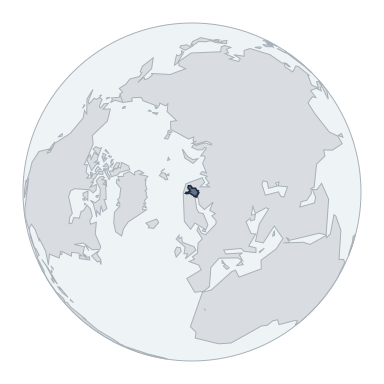 the Earth from above Lapland, rotated 309°
{"feature_id": "FIN-3176", "entity_name": "Lapland", "entity_type": "Province", "adm_level": 1, "iso_a3": "FIN", "parent_name": "Finland", "parent_adm1": "", "projection": "orthographic", "projection_center": [25.412, 67.834], "detail": "fine", "context": "on_globe", "style": "filled", "palette": "slate", "viewbox_px": 384, "rotation_deg": 309, "n_neighbors": 0, "source": "natural_earth", "source_scale": "10m", "svg_char_len": 13220}
<svg xmlns="http://www.w3.org/2000/svg" viewBox="0 0 384 384"><g transform="rotate(309 192 192)"><circle cx="192" cy="192" r="169" fill="#eef3f6" stroke="#a8b0b8"/><path d="M27.9,151.6L29.5,146.4L30.8,142.2L31.1,140.4L36.7,125.6L40.5,118.1L67.2,78.7L72.0,73.9L75.2,71.8L100.1,56.3L81.9,65.5L88.5,60.4L96.8,55.5L95.8,56.9L106.2,52.9L114.3,49.0L127.2,47.6L135.8,54.1L131.0,55.0L133.7,56.6L139.9,55.6L143.3,54.6L160.7,60.5L181.3,60.8L187.7,57.1L186.4,61.1L198.3,51.8L209.4,50.5L197.0,54.4L195.7,56.7L203.3,56.9L203.7,59.3L207.5,60.8L207.3,63.8L200.0,66.1L199.8,68.1L205.1,68.1L208.3,71.2L200.4,70.8L205.1,76.3L193.9,81.6L173.1,79.0L166.9,85.1L145.5,91.1L147.4,93.4L140.6,97.3L140.3,101.5L136.4,101.6L139.5,104.8L143.1,103.9L145.7,105.1L145.9,107.5L141.0,108.0L140.2,106.9L138.8,108.3L136.3,107.6L137.6,109.3L131.6,109.8L137.7,112.9L133.1,116.3L129.1,115.7L129.3,111.0L120.6,98.6L116.6,96.9L110.7,99.0L100.0,112.5L95.7,112.7L89.9,116.4L92.3,118.3L97.7,116.2L100.8,120.9L107.1,118.0L109.2,119.5L115.7,118.6L114.9,123.8L110.6,129.6L105.2,130.8L103.1,133.4L108.4,136.6L98.5,143.2L92.2,155.3L89.6,156.5L84.3,150.9L84.0,139.8L77.1,133.4L81.7,142.9L75.1,146.2L74.1,149.0L74.6,152.1L77.1,152.9L74.9,155.3L69.5,146.5L71.5,144.3L73.1,147.0L72.9,141.9L69.3,136.4L66.3,138.7L64.0,128.5L61.8,130.1L60.1,128.9L63.7,127.0L57.1,130.3L54.0,120.3L44.9,126.3L53.7,115.8L56.7,109.6L59.6,102.8L58.1,103.6L64.0,94.0L65.9,87.5L61.5,88.3L55.4,94.5L49.3,104.6L49.9,105.8L46.8,113.0L43.9,112.5L37.7,126.5L35.4,129.2L32.9,135.3L31.1,141.5L28.8,149.6L28.9,152.2L28.3,159.2L26.4,162.8L27.6,164.3L26.2,170.6L26.2,187.4L25.7,186.9L25.4,205.5L28.0,223.2L28.6,229.5L28.0,229.3L29.6,235.3L29.6,236.5L38.6,260.3L45.4,274.4L46.7,278.0L45.3,275.9L39.4,264.5L34.3,252.7L30.2,240.5L26.9,228.1L24.7,215.4L23.4,202.6L23.1,189.8L23.7,176.9L25.3,164.2L27.9,151.6ZM42.6,127.2L35.7,145.4L37.3,136.8L37.4,138.0L39.7,133.0L43.0,124.7L45.0,117.7L42.6,127.2ZM206.1,23.6L205.0,23.5L206.1,23.6ZM44.9,131.4L45.9,128.6L45.3,131.2L44.9,131.4ZM144.8,53.9L139.9,55.4L134.2,55.5L138.2,53.9L144.8,53.9ZM155.7,54.6L153.6,55.8L150.8,53.6L152.9,53.5L155.7,54.6ZM192.1,54.1L188.1,54.4L191.9,53.3L192.1,54.1ZM208.1,60.5L209.1,59.7L210.7,60.9L208.1,60.5ZM115.7,115.7L115.7,117.1L114.5,116.6L115.7,115.7ZM118.5,114.1L117.2,112.5L118.3,111.4L119.1,112.4L118.5,114.1ZM211.8,66.5L214.0,68.8L210.5,66.9L211.8,66.5ZM119.9,116.3L120.5,109.8L122.5,108.1L127.3,110.5L119.9,116.3ZM214.5,70.3L219.9,75.9L222.7,74.5L218.0,81.8L214.9,74.5L210.2,72.3L213.6,72.1L214.5,70.3ZM144.2,102.6L140.4,103.7L143.4,100.6L144.2,102.6ZM145.5,100.4L151.2,89.6L157.0,89.4L153.9,93.0L161.2,91.1L161.2,96.2L157.2,98.4L153.5,97.5L156.3,100.2L145.5,100.4ZM214.6,85.0L214.8,86.8L213.2,85.4L214.6,85.0ZM147.0,105.3L147.6,103.1L152.6,102.7L152.3,107.1L150.8,105.8L147.0,105.3ZM163.1,88.1L166.8,88.7L167.8,93.0L169.4,93.8L161.7,96.3L163.1,88.1ZM149.7,107.1L152.0,109.3L149.7,111.7L146.7,107.5L149.7,107.1ZM154.1,100.8L156.5,100.9L155.0,102.3L154.1,100.8ZM143.1,121.8L143.8,119.0L146.5,118.5L143.1,121.8ZM153.0,110.0L153.7,109.2L154.8,108.7L155.8,110.7L153.0,110.0ZM163.0,99.3L162.6,101.0L166.1,98.4L167.0,101.7L161.8,102.8L164.4,103.7L164.7,104.7L160.1,104.5L163.0,99.3ZM160.2,111.3L153.8,114.1L152.0,119.2L149.6,119.7L152.9,111.4L160.2,111.3ZM160.5,107.3L159.8,109.9L157.1,109.2L156.0,106.9L160.5,107.3ZM169.5,103.5L169.5,98.2L170.7,98.2L169.5,103.5ZM160.2,113.0L161.8,112.3L160.4,113.4L160.2,113.0ZM167.3,106.5L167.1,104.7L168.4,104.6L167.3,106.5ZM165.0,112.5L162.9,113.4L162.1,111.9L165.0,112.5ZM166.4,109.9L168.3,110.3L163.0,110.8L166.2,109.1L166.4,109.9ZM168.5,106.8L169.3,106.2L168.4,107.6L168.5,106.8ZM169.3,117.9L162.9,118.9L161.0,115.5L167.5,115.0L169.3,117.9ZM159.1,357.7L153.5,355.9L158.3,355.1L156.8,352.7L143.7,343.1L146.6,339.1L143.0,335.9L135.7,334.3L131.6,330.2L127.1,328.5L99.3,317.4L90.8,308.3L80.5,286.4L85.5,283.5L86.3,275.5L120.7,263.2L128.0,268.7L155.2,273.0L158.6,275.0L155.5,282.1L175.9,294.2L182.4,288.6L200.9,293.3L213.1,291.9L217.3,277.3L197.3,279.4L193.7,272.3L209.7,264.4L227.2,262.2L226.3,259.4L215.2,254.8L219.2,248.3L211.4,252.6L214.6,255.3L209.8,258.1L206.6,255.8L208.1,253.6L202.8,252.8L196.9,264.0L199.5,267.9L185.7,270.1L188.8,276.9L185.1,279.9L178.5,269.6L179.1,265.8L166.9,253.1L165.1,257.2L176.4,269.6L172.9,268.4L170.5,274.5L169.5,268.9L157.6,254.7L145.1,254.2L129.3,265.2L122.0,263.4L115.8,257.2L121.5,242.4L137.2,248.1L139.5,243.3L136.2,233.6L141.3,236.2L141.9,233.1L147.8,234.7L156.1,228.9L162.1,229.5L165.4,219.8L168.9,218.9L166.0,224.8L167.2,229.5L182.2,230.7L185.0,228.7L185.9,222.4L189.9,223.7L188.9,217.3L197.5,214.8L186.1,212.7L186.8,205.5L192.0,200.0L190.2,197.4L181.8,206.3L180.3,210.3L182.3,214.3L176.4,225.1L171.3,226.4L169.7,213.8L162.2,214.4L164.3,204.6L185.7,185.8L194.6,182.1L209.5,190.9L207.4,195.8L201.1,195.0L207.0,202.3L206.5,198.5L209.8,199.7L211.4,193.4L213.8,193.9L211.1,187.0L214.3,187.0L215.9,191.3L220.9,182.2L227.4,180.5L227.4,178.2L225.5,176.2L235.1,175.5L234.6,173.8L231.3,173.4L228.2,169.9L226.6,163.6L230.0,163.6L231.0,166.0L238.4,171.1L240.7,177.4L241.9,176.8L240.7,171.3L231.8,165.1L229.8,161.2L234.4,163.5L232.6,162.4L232.6,160.5L235.9,158.8L231.0,156.0L227.3,136.1L233.3,131.0L237.8,135.1L238.8,122.0L245.5,117.7L242.4,117.3L240.8,111.0L238.7,112.2L237.1,111.5L232.1,96.4L233.6,93.1L227.9,86.5L226.4,86.3L225.0,88.4L218.0,81.8L222.7,74.5L226.0,75.2L226.7,70.3L234.2,72.7L240.7,72.6L248.6,78.4L253.1,78.0L252.8,76.1L258.7,74.3L271.8,77.4L262.4,83.0L243.0,80.9L251.0,82.4L249.6,84.5L252.7,86.6L258.3,87.5L258.7,86.1L269.6,101.1L283.8,109.5L282.0,102.4L285.0,99.6L299.6,104.0L319.0,126.0L323.3,123.4L326.3,125.1L328.8,131.2L324.4,128.9L323.2,132.8L320.3,130.6L322.9,140.0L318.9,137.4L322.8,146.1L325.9,145.7L325.1,138.2L330.3,147.1L334.8,143.4L340.0,146.8L347.8,166.1L348.8,180.5L349.8,182.5L347.8,185.8L348.8,194.8L355.4,193.3L356.5,195.7L356.4,210.0L355.7,208.7L350.5,217.4L352.2,224.8L356.2,219.4L357.7,220.9L355.7,226.8L353.9,225.9L352.0,228.9L350.7,223.3L345.5,220.3L343.4,228.8L341.7,225.6L334.3,226.0L330.2,238.0L325.0,261.0L327.2,270.0L324.1,278.3L312.9,274.8L307.5,267.8L303.7,272.6L292.0,271.3L272.6,283.9L269.6,282.2L266.0,285.7L257.7,286.4L253.1,282.9L248.2,285.3L260.6,294.1L265.8,291.3L269.8,283.9L272.3,287.6L280.3,287.2L272.4,302.7L243.1,323.2L239.9,316.7L215.9,298.3L216.4,295.2L216.3,294.9L216.0,294.4L214.1,299.5L209.9,295.0L223.1,310.3L225.5,316.7L242.7,323.7L241.2,325.3L246.7,325.8L263.7,316.6L263.8,318.9L256.0,331.7L232.1,348.7L235.1,352.3L233.1,355.1L217.9,358.8L218.4,358.9L206.6,360.3L194.6,360.9L182.7,360.7L170.8,359.6L159.1,357.7ZM109.1,274.8L108.2,277.2L109.1,274.8ZM246.0,266.6L256.2,263.0L251.0,255.2L254.5,253.3L251.4,251.4L250.6,254.7L243.0,249.1L247.2,244.3L245.6,240.3L242.1,241.3L235.6,251.0L246.5,259.0L244.4,263.9L246.0,266.6ZM26.2,187.9L26.0,190.6L25.8,187.9L26.2,187.9ZM36.2,136.8L35.4,140.2L34.5,142.4L34.9,140.1L36.2,136.8ZM31.9,165.2L31.5,169.5L31.4,165.6L31.9,165.2ZM34.9,148.3L32.2,162.0L32.1,155.0L34.0,146.5L33.4,151.6L34.9,148.3ZM42.8,131.5L42.0,133.8L41.4,133.7L42.8,131.5ZM44.4,133.4L44.6,132.6L45.5,131.2L44.4,133.4ZM75.5,146.7L75.8,147.5L75.7,150.6L74.6,149.4L75.5,146.7ZM82.1,163.7L78.4,167.1L80.2,163.7L78.0,162.5L79.2,154.2L88.3,156.7L84.0,157.0L82.1,163.7ZM83.3,143.9L81.5,148.8L83.1,143.4L83.3,143.9ZM139.4,214.7L141.4,217.8L139.1,221.0L131.5,220.7L134.7,216.0L139.4,214.7ZM144.8,221.4L145.4,209.3L150.2,209.2L147.4,211.3L150.5,212.4L146.8,216.1L150.8,228.0L149.1,231.7L135.9,228.8L141.2,227.6L138.9,224.6L144.8,221.4ZM138.4,180.5L138.8,175.7L148.7,181.5L147.3,185.3L139.6,185.1L136.7,180.5L138.4,180.5ZM128.3,122.1L127.8,120.2L129.1,120.0L130.7,121.4L128.3,122.1ZM143.2,120.5L132.0,130.1L130.8,128.4L125.7,136.3L120.6,135.0L124.1,129.9L116.3,134.9L117.5,129.8L112.5,133.7L120.9,122.5L121.6,118.2L122.7,123.4L127.4,124.7L129.6,124.0L136.5,118.9L140.3,110.5L145.5,110.7L148.2,113.0L148.1,115.0L144.7,114.2L147.0,117.5L142.0,117.9L143.2,120.5ZM176.5,142.5L172.7,140.3L176.4,147.8L171.5,147.9L172.2,148.8L168.6,151.0L165.6,155.3L163.4,154.6L163.2,156.6L160.8,158.2L159.8,160.7L155.4,160.4L153.8,163.5L152.6,161.7L151.0,167.1L150.2,163.0L147.1,164.8L149.5,167.8L128.3,161.2L120.0,162.0L113.5,165.0L113.0,157.7L118.9,150.5L127.6,144.4L135.7,144.9L134.0,141.6L137.4,140.9L137.3,143.8L139.4,139.0L142.2,139.2L150.0,134.4L151.4,127.6L154.3,125.7L155.1,128.5L157.4,124.7L160.9,128.8L163.1,127.6L168.6,130.5L169.0,136.7L171.4,134.9L175.7,137.2L176.5,142.5ZM170.8,118.9L172.3,126.1L170.3,129.7L161.4,123.2L159.0,123.7L153.2,119.8L156.2,114.6L157.5,116.2L159.6,116.5L157.8,118.0L160.7,117.0L162.7,119.2L165.5,119.1L165.3,121.4L170.8,118.9ZM162.5,272.7L165.1,273.4L169.2,273.6L167.7,277.5L162.5,272.7ZM154.2,263.1L156.5,263.0L156.5,268.5L153.7,267.7L154.2,263.1ZM157.9,258.5L156.7,262.6L155.7,260.0L157.9,258.5ZM168.2,224.5L170.7,224.1L171.0,225.6L169.6,227.7L168.2,224.5ZM186.4,165.3L184.5,163.3L185.3,162.4L184.2,156.4L187.7,156.0L189.8,159.3L186.4,165.3ZM213.9,280.3L210.3,283.5L208.5,282.4L210.1,281.5L213.9,280.3ZM187.9,281.8L193.8,283.6L187.4,282.8L187.9,281.8ZM190.1,163.7L189.2,161.3L191.6,162.6L190.1,163.7ZM190.3,155.3L193.0,156.2L188.0,155.2L190.3,155.3ZM240.8,353.8L244.9,351.8L254.0,348.2L258.6,345.3L261.1,345.5L254.5,349.0L240.8,353.8ZM357.1,228.0L355.7,233.0L349.9,239.5L352.1,234.1L357.5,223.3L357.3,225.3L358.5,220.7L358.3,221.7L357.1,228.0ZM360.1,209.3L359.9,209.1L360.0,205.4L360.4,201.5L359.7,179.7L359.8,175.7L360.6,183.2L360.6,181.6L360.9,195.5L360.1,209.3ZM327.9,270.1L331.5,271.2L329.5,274.8L327.9,270.1ZM357.6,168.8L359.1,178.0L357.2,168.5L357.6,168.8ZM355.5,161.9L356.3,162.9L355.7,164.1L355.5,161.9ZM351.4,184.7L351.1,189.2L350.3,188.3L350.2,182.0L351.4,184.7ZM343.9,149.8L347.0,152.8L348.0,154.7L346.4,154.8L343.9,149.8ZM219.3,157.4L216.9,166.1L217.6,172.3L221.7,175.6L214.9,174.8L213.9,165.2L219.3,157.4ZM226.0,138.7L222.4,136.0L224.6,134.8L225.7,135.3L226.0,138.7ZM223.4,138.7L217.9,139.9L216.2,136.9L220.9,136.6L223.4,138.7ZM204.0,151.8L203.1,154.4L201.2,153.2L204.0,151.8ZM357.6,158.8L357.7,161.2L358.6,166.4L356.0,154.4L356.5,154.1L357.6,158.8ZM356.4,157.7L357.3,162.5L355.8,156.5L356.4,157.7ZM357.1,162.8L356.3,161.6L356.0,158.6L357.1,162.8ZM356.1,155.7L354.5,152.1L355.1,152.1L356.1,155.7ZM354.2,159.3L355.0,155.1L355.4,162.9L351.5,158.0L351.1,154.1L354.2,159.3ZM327.5,117.7L325.5,117.3L324.0,113.6L325.8,114.9L327.5,117.7ZM317.4,101.6L323.0,112.5L327.1,121.6L327.6,119.7L331.7,123.8L329.0,125.4L323.5,117.3L321.0,110.8L317.2,108.1L313.3,102.5L308.8,101.3L306.0,98.5L309.2,97.7L317.4,101.6ZM307.0,101.1L297.8,97.5L296.7,91.7L298.4,91.1L303.1,95.2L303.5,98.0L307.0,101.1ZM295.3,95.0L295.5,97.7L282.5,99.5L279.5,98.5L288.8,93.7L289.5,96.1L292.9,96.8L295.3,95.0ZM216.6,86.4L215.0,86.7L215.8,85.4L216.6,86.4ZM236.0,112.4L234.0,111.3L235.0,109.6L236.0,112.4ZM228.9,107.3L229.2,109.9L227.5,107.1L228.9,107.3ZM230.0,115.9L228.6,111.0L232.0,115.7L230.0,115.9Z" fill="#d9dde1" stroke="#a8b0b8" stroke-width="1"/><path d="M194.5,185.3L194.6,185.5L194.8,185.9L195.0,186.0L195.8,186.5L196.1,187.1L196.0,187.3L195.6,187.8L195.6,188.1L195.7,188.4L195.6,188.5L195.2,188.8L195.4,188.8L195.5,188.9L195.6,189.2L195.5,189.3L195.3,189.8L195.3,190.0L195.6,190.8L196.3,191.1L196.7,191.9L196.8,192.0L197.1,192.2L197.1,192.3L197.1,192.6L197.1,192.8L196.7,193.4L196.7,193.5L196.2,194.4L196.2,194.6L196.3,194.8L196.6,195.3L196.7,195.5L196.8,195.8L196.9,196.0L196.6,196.0L196.4,196.0L195.9,195.9L195.8,196.0L195.7,196.2L195.7,196.3L195.7,196.5L195.8,196.5L196.0,196.6L196.0,196.8L195.9,196.8L195.8,197.0L196.0,197.2L196.0,197.3L195.9,197.3L195.6,197.4L195.7,197.6L195.7,197.8L195.4,197.9L194.8,197.9L194.8,197.7L194.7,197.6L194.4,197.5L194.1,198.0L193.7,198.3L192.9,198.2L192.9,197.9L192.6,198.1L192.4,198.2L192.1,198.1L191.7,198.4L191.6,198.6L191.4,198.5L191.4,198.4L191.2,198.4L191.1,198.5L191.1,198.4L191.0,198.2L191.1,197.8L191.1,197.7L191.0,197.8L191.0,198.0L190.9,198.0L190.7,198.0L190.6,197.9L190.6,198.0L190.5,197.9L190.4,197.8L190.4,197.7L190.4,197.4L190.3,197.2L190.2,196.9L190.0,196.6L189.9,196.5L189.9,196.4L189.9,196.2L190.0,196.0L190.0,195.9L190.2,195.7L190.2,195.4L190.2,195.2L190.3,195.1L190.3,194.8L190.2,194.7L190.1,194.4L190.0,194.1L189.9,194.0L189.9,193.9L189.9,193.7L190.0,193.6L190.2,193.4L190.1,193.2L189.9,193.1L189.8,192.9L189.9,192.7L189.9,192.3L189.9,192.1L189.8,191.9L190.0,191.8L190.0,191.7L189.9,191.4L189.7,191.1L189.5,190.9L189.5,190.7L189.4,190.6L189.2,190.4L189.0,190.2L188.9,190.2L188.7,190.1L188.4,190.0L188.4,189.9L188.2,189.7L187.9,189.4L187.7,189.2L187.5,188.9L187.4,188.8L187.2,188.7L187.3,188.5L187.2,188.4L187.1,188.1L187.4,188.3L187.5,188.3L187.5,188.1L187.4,187.9L187.5,187.7L188.1,187.6L188.4,188.4L188.6,188.6L188.7,188.9L188.7,189.0L188.8,189.0L188.8,189.3L189.0,189.3L189.3,189.5L189.4,189.4L189.5,189.5L189.9,189.5L190.1,189.4L190.3,189.1L190.6,189.2L190.7,189.3L190.8,189.4L191.2,189.5L191.3,189.6L191.4,189.8L191.5,189.9L191.5,189.7L191.7,189.3L191.7,189.2L191.8,189.1L192.0,188.9L192.3,188.9L192.3,188.7L192.4,188.4L192.4,188.2L192.3,187.9L192.4,187.7L192.5,187.5L192.4,187.3L192.5,187.3L192.5,187.2L192.6,186.9L192.6,186.7L192.8,186.4L192.9,186.2L193.0,186.1L193.1,185.9L193.3,185.8L193.5,185.8L193.9,185.8L194.0,185.7L193.9,185.7L194.0,185.7L194.2,185.4L194.3,185.4L194.5,185.3Z" fill="#64748b" stroke="#1e293b" stroke-width="1.5"/></g></svg>